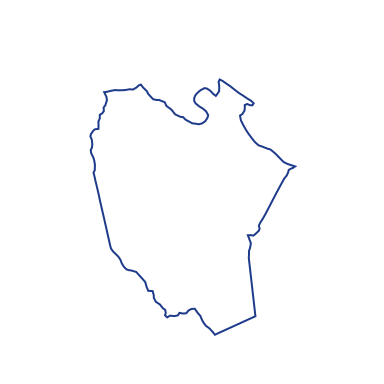 outline of Santa Filomena do Maranhão, Maranhão, Brazil, rotated 315°
{"feature_id": "56859067B3232589496952", "entity_name": "Santa Filomena do Maranhão", "entity_type": "district", "adm_level": 2, "iso_a3": "BRA", "parent_name": "Brazil", "parent_adm1": "Maranhão", "projection": "equal_earth", "projection_center": [-44.593, -5.518], "detail": "fine", "context": "isolated", "style": "outline", "palette": "blue", "viewbox_px": 384, "rotation_deg": 315, "n_neighbors": 0, "source": "geoboundaries", "source_scale": "gbopen_adm2", "svg_char_len": 2388}
<svg xmlns="http://www.w3.org/2000/svg" viewBox="0 0 384 384"><g transform="rotate(315 192 192)"><path d="M229.5,78.9L226.8,78.9L222.7,77.8L220.5,75.2L217.0,72.8L214.1,70.2L211.9,68.1L210.0,65.8L206.1,63.0L202.6,61.0L200.5,59.3L198.8,64.2L196.8,66.9L192.0,69.4L189.2,69.8L186.8,72.5L184.0,72.9L181.5,72.2L178.7,74.8L175.6,76.0L174.1,77.7L170.5,81.2L167.7,79.0L165.3,78.9L161.5,79.6L159.5,80.8L158.1,84.2L156.7,86.0L155.2,87.8L152.8,89.8L150.1,90.7L148.3,93.0L146.4,98.4L144.6,101.4L142.6,104.1L138.7,107.8L136.0,108.7L134.5,111.3L133.2,113.4L131.8,115.5L128.8,120.5L123.5,129.0L121.2,132.4L110.9,148.9L96.1,172.3L94.7,174.8L94.1,178.6L94.2,181.9L94.2,185.7L93.4,189.5L91.9,192.8L91.0,196.5L90.9,200.1L91.9,202.4L93.4,204.3L96.0,209.0L95.7,215.4L95.3,222.5L92.7,227.2L91.2,231.0L94.1,234.2L91.9,238.1L90.1,239.9L88.8,244.1L89.8,248.9L89.2,253.5L89.7,256.4L88.1,258.8L85.7,260.2L85.8,263.1L89.0,263.9L91.8,267.3L94.9,269.3L97.7,268.6L99.6,271.5L102.2,273.7L105.8,273.3L108.9,274.3L111.4,276.5L110.5,281.6L110.3,285.4L108.5,289.9L107.7,293.0L107.2,296.4L107.9,300.8L107.7,305.4L107.3,309.2L110.0,310.1L149.0,324.7L151.7,321.3L185.6,278.7L187.9,276.7L190.6,274.0L193.3,272.7L197.4,269.9L200.9,262.1L203.0,264.0L204.5,266.2L206.7,266.5L209.0,266.6L212.1,266.6L214.0,265.6L215.4,263.1L218.8,261.9L223.4,260.9L229.7,259.1L251.5,252.2L266.6,247.7L270.8,247.3L273.6,246.2L276.1,244.8L278.3,245.4L280.6,246.4L283.0,246.8L279.4,239.8L278.0,235.6L278.0,232.0L278.1,224.5L277.9,221.0L277.5,217.3L276.1,214.9L273.7,209.4L272.0,205.8L271.8,201.2L272.3,196.5L273.2,190.5L274.1,186.1L275.5,181.2L277.2,176.0L280.0,171.9L282.9,172.5L286.8,171.5L289.0,169.7L290.8,167.8L293.2,168.8L294.4,171.6L296.0,173.4L298.3,172.9L298.3,169.2L297.1,164.6L296.4,160.6L295.1,154.8L294.2,147.5L293.9,144.7L293.0,139.9L292.2,135.3L291.1,132.0L288.6,133.0L286.8,135.6L284.8,137.7L282.3,140.0L279.1,140.6L276.8,140.9L276.4,137.7L276.5,133.2L275.7,129.4L274.2,127.3L272.3,126.8L270.2,126.1L267.2,125.8L264.6,125.8L262.4,126.1L259.9,127.2L257.9,129.2L257.2,132.0L257.7,137.0L258.6,140.3L259.0,144.8L257.8,149.1L255.1,150.6L251.3,151.3L247.6,150.6L244.7,148.9L242.3,145.5L240.8,143.7L238.6,136.4L238.6,132.7L236.9,130.5L235.0,125.2L235.7,119.1L234.8,113.1L236.2,109.2L235.0,106.5L233.8,103.6L232.0,101.9L230.1,98.8L230.4,91.7L231.4,88.6L231.3,83.7L231.8,79.9L229.5,78.9Z" fill="none" stroke="#1e3a8a" stroke-width="2"/></g></svg>